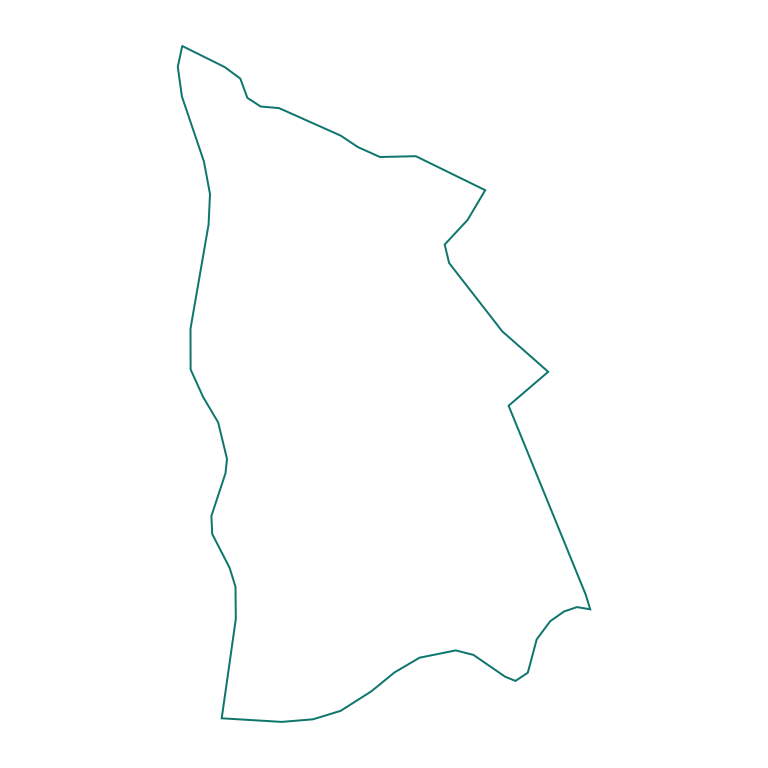 the border of Kisoro
{"feature_id": "UGA-3376", "entity_name": "Kisoro", "entity_type": "District", "adm_level": 1, "iso_a3": "UGA", "parent_name": "Uganda", "parent_adm1": "", "projection": "robinson", "projection_center": [29.666, -1.19], "detail": "fine", "context": "isolated", "style": "outline", "palette": "teal", "viewbox_px": 768, "rotation_deg": 0, "n_neighbors": 0, "source": "natural_earth", "source_scale": "10m", "svg_char_len": 756}
<svg xmlns="http://www.w3.org/2000/svg" viewBox="0 0 768 768"><path d="M590.2,609.3L576.9,607.1L564.0,611.5L550.2,621.2L536.7,639.4L527.8,672.7L515.5,680.9L505.1,676.7L473.4,654.9L455.7,650.4L419.5,657.7L394.5,672.4L371.5,691.2L340.7,710.8L313.0,719.3L281.7,721.9L221.7,718.3L235.8,619.1L235.5,586.8L229.6,567.8L212.2,534.0L211.4,516.0L225.5,473.2L227.0,458.9L218.2,422.5L202.9,396.6L190.6,369.4L190.5,328.7L208.6,224.4L210.0,194.0L203.9,161.4L181.9,96.5L177.8,66.8L182.1,46.6L182.4,46.1L224.7,67.1L240.3,78.6L247.4,97.9L260.6,106.5L279.0,108.1L340.8,135.7L357.9,147.1L379.9,157.0L415.8,156.2L485.2,190.2L467.6,219.9L444.7,244.5L449.1,263.0L502.3,331.4L548.2,371.8L508.6,405.7L585.7,594.6L590.2,609.3Z" fill="none" stroke="#0f766e" stroke-width="2"/></svg>